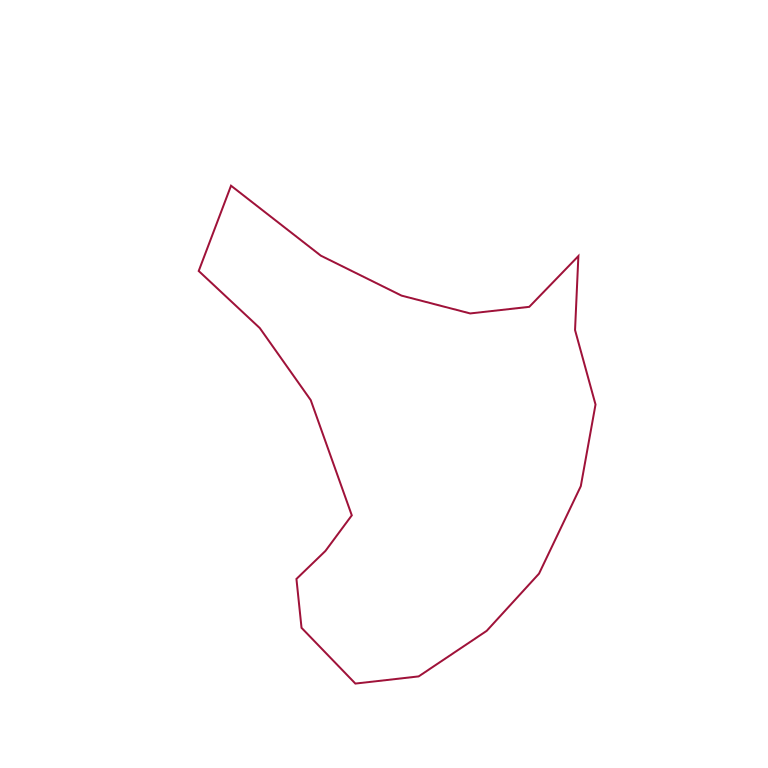 San Marino, Mercator projection, rotated 46°
{"feature_id": "SMR-4884", "entity_name": "San Marino", "entity_type": "state/province", "adm_level": 1, "iso_a3": "SMR", "parent_name": "San Marino", "parent_adm1": "", "projection": "mercator", "projection_center": [12.418, 43.922], "detail": "fine", "context": "isolated", "style": "outline", "palette": "rose", "viewbox_px": 768, "rotation_deg": 46, "n_neighbors": 0, "source": "natural_earth", "source_scale": "10m", "svg_char_len": 417}
<svg xmlns="http://www.w3.org/2000/svg" viewBox="0 0 768 768"><g transform="rotate(46 384 384)"><path d="M174.0,438.8L135.1,356.3L247.8,340.3L332.6,310.0L393.1,273.0L429.4,225.9L427.0,155.3L477.9,209.1L545.7,246.1L594.2,313.4L628.1,404.2L632.9,481.6L618.4,562.2L579.6,612.7L502.1,612.7L463.4,582.4L463.4,542.1L456.1,498.4L344.7,447.9L257.5,434.5L174.0,438.8Z" fill="none" stroke="#9f1239" stroke-width="2"/></g></svg>